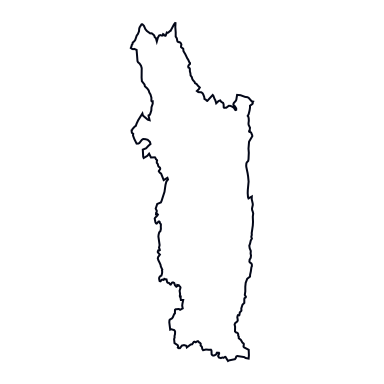 Manjakandriana, Analamanga, Madagascar
{"feature_id": "10022922B50774823120221", "entity_name": "Manjakandriana", "entity_type": "district", "adm_level": 2, "iso_a3": "MDG", "parent_name": "Madagascar", "parent_adm1": "Analamanga", "projection": "equal_earth", "projection_center": [47.79, -18.821], "detail": "fine", "context": "isolated", "style": "outline", "palette": "ink", "viewbox_px": 384, "rotation_deg": 0, "n_neighbors": 0, "source": "geoboundaries", "source_scale": "gbopen_adm2", "svg_char_len": 6012}
<svg xmlns="http://www.w3.org/2000/svg" viewBox="0 0 384 384"><path d="M170.2,329.6L171.1,329.2L174.2,330.1L174.7,330.7L175.1,331.7L175.0,334.1L174.5,336.1L174.6,337.4L174.1,339.1L174.5,343.1L177.7,345.2L178.2,346.4L177.8,347.5L178.4,348.1L180.0,348.1L181.9,345.6L184.0,345.1L186.1,345.7L186.5,346.1L186.8,347.4L190.7,344.5L192.1,344.3L193.8,341.9L194.6,341.7L195.7,342.3L197.3,341.3L198.0,341.2L199.2,342.5L199.9,342.8L200.7,343.7L200.6,345.5L201.8,346.7L202.4,349.2L203.1,350.2L206.0,349.5L209.0,349.8L210.9,349.7L211.3,350.2L211.5,351.0L211.6,354.2L212.1,355.0L213.1,355.6L214.4,355.4L216.0,354.5L216.4,354.0L216.7,353.0L217.1,352.6L217.9,353.0L218.8,352.7L219.1,353.0L219.1,353.8L218.1,356.0L218.9,357.5L220.9,358.1L222.3,357.5L223.5,357.8L225.0,356.9L225.5,356.9L228.0,361.0L229.0,360.4L234.9,359.2L235.6,358.4L236.3,356.5L237.3,356.0L244.2,357.1L245.6,358.0L248.6,358.6L248.9,355.4L248.7,349.8L244.1,347.4L243.6,346.8L243.5,346.3L243.8,344.8L243.7,343.6L242.4,342.6L240.8,339.8L238.8,338.3L238.7,338.0L238.8,336.6L238.2,335.7L238.2,334.2L237.8,333.3L237.2,332.8L235.8,332.3L235.0,331.4L235.1,326.8L234.6,324.5L235.2,323.1L237.2,321.5L237.7,320.6L237.7,319.6L237.3,317.2L237.7,315.6L238.0,315.1L239.2,315.3L239.4,315.0L239.8,312.4L241.2,311.0L241.4,310.5L241.3,308.4L242.5,304.7L244.3,302.9L244.3,298.9L244.5,298.2L245.7,297.4L245.9,296.8L244.8,294.9L245.3,291.5L245.3,286.6L245.7,282.8L247.2,278.8L250.0,276.6L250.1,274.7L250.8,271.6L251.4,267.3L251.9,266.1L251.8,264.3L251.3,263.4L249.8,262.4L249.4,261.6L249.6,259.7L250.7,257.8L251.0,255.5L250.6,253.6L250.8,251.0L249.7,248.3L249.3,245.7L250.0,243.8L250.8,240.4L251.9,238.6L251.3,236.9L251.8,234.9L251.7,233.1L252.8,225.5L253.0,221.9L252.8,216.7L253.2,213.5L252.7,211.5L252.1,209.9L252.0,208.5L252.8,204.9L252.7,203.5L251.7,199.1L251.8,196.5L248.5,198.4L248.0,197.1L247.7,193.2L247.8,190.1L248.6,181.6L248.1,176.4L247.6,173.2L246.3,166.9L246.2,165.6L246.4,163.3L246.9,162.3L248.2,160.9L248.5,159.2L248.8,152.8L248.5,148.6L249.0,142.3L249.1,141.6L252.3,136.2L252.2,135.2L251.1,132.6L250.6,132.2L249.4,131.9L249.1,131.5L249.1,131.0L249.8,130.5L249.7,129.7L250.0,127.8L248.6,124.8L248.5,123.4L248.8,120.8L248.7,118.4L248.4,116.9L247.7,115.9L248.6,114.4L249.6,110.3L250.0,107.8L250.0,105.7L252.4,104.0L252.7,103.5L252.6,102.6L253.1,101.6L251.7,101.3L248.6,97.8L247.4,97.2L245.1,96.9L240.5,95.2L237.1,94.9L236.3,99.7L235.8,100.8L233.8,103.0L233.4,104.1L233.4,104.6L233.9,105.5L234.8,106.2L236.2,108.4L236.2,109.8L235.7,110.1L235.3,110.0L233.9,107.8L232.3,106.7L230.4,105.9L228.8,105.8L226.3,107.7L224.1,107.8L223.7,107.3L223.6,104.3L223.1,102.9L221.3,101.9L220.2,100.4L218.5,101.1L216.2,103.3L215.3,100.2L214.5,98.8L213.3,95.7L212.7,95.0L207.3,100.9L206.7,100.7L206.0,99.8L204.5,99.0L204.2,96.9L203.2,94.3L202.5,93.2L201.3,92.3L198.3,92.1L196.9,91.0L198.8,89.2L199.8,87.5L197.8,85.6L196.7,84.1L195.0,83.1L194.5,81.8L193.0,80.2L192.3,79.0L191.8,77.1L190.6,75.5L190.4,73.3L189.9,71.4L189.8,68.7L189.4,68.0L188.4,67.5L188.2,66.4L188.7,65.2L190.0,63.9L190.0,63.1L189.7,63.0L188.0,59.3L187.4,58.6L185.3,54.2L183.5,51.2L183.2,48.7L181.1,47.2L181.0,46.1L181.4,44.7L180.9,43.3L179.6,42.1L178.4,42.1L177.6,41.6L177.3,40.9L176.8,38.3L175.7,36.6L175.7,32.3L175.3,27.1L175.5,23.1L175.1,23.0L174.0,24.4L170.6,30.8L170.3,30.8L168.2,32.6L167.5,32.8L166.8,32.5L165.7,35.6L165.3,35.8L164.3,35.4L163.8,34.5L163.1,34.1L162.5,35.5L161.5,35.5L160.4,35.1L159.1,35.5L157.9,37.6L156.8,41.5L155.9,38.2L154.7,37.1L154.3,35.7L153.8,35.0L151.7,33.3L150.2,33.4L146.9,31.0L145.4,29.2L143.9,25.8L142.5,24.4L142.0,24.2L141.5,24.4L139.6,27.4L139.2,28.8L139.0,31.3L137.9,34.0L136.7,35.6L135.2,40.0L134.2,41.3L132.7,42.6L132.5,44.0L131.7,45.1L131.6,46.0L130.8,48.0L131.9,48.8L133.1,49.2L134.2,48.9L136.6,49.9L137.5,61.1L138.0,62.2L139.6,63.6L141.0,65.7L141.7,68.1L141.6,77.6L141.9,81.2L144.5,84.5L144.9,86.3L147.3,88.5L148.7,90.5L149.3,92.5L150.5,94.5L151.4,97.7L151.4,100.9L151.9,101.4L152.7,101.3L152.7,103.7L151.5,107.2L151.3,110.5L150.3,113.7L149.6,115.0L148.6,115.3L148.5,115.6L149.6,120.2L147.8,119.7L142.9,115.5L142.4,113.5L138.2,120.2L136.6,123.6L135.8,125.9L134.7,126.6L132.6,128.9L131.9,130.3L131.6,130.4L131.6,131.0L131.9,132.8L133.2,133.8L133.0,135.5L134.3,139.0L136.6,143.6L138.1,143.6L139.3,143.1L141.9,139.8L143.2,139.0L145.5,139.2L147.7,139.8L149.9,141.9L150.5,144.0L148.3,145.9L146.1,148.3L142.8,149.6L143.2,156.8L143.7,158.0L147.4,155.8L149.1,153.7L151.0,157.5L154.9,157.3L155.6,158.3L156.0,159.3L156.9,160.0L157.1,160.4L156.8,161.5L156.8,162.8L157.8,164.1L158.2,165.9L158.6,166.6L159.9,167.6L160.2,168.5L160.1,169.3L158.9,170.8L158.8,171.3L159.8,172.7L161.1,173.6L163.7,180.1L167.4,177.8L168.0,179.5L166.4,181.5L165.5,184.8L164.5,191.8L161.6,200.8L160.9,202.4L157.2,204.0L156.9,205.0L155.7,208.6L156.8,210.9L156.6,212.1L156.1,212.8L156.0,214.2L157.2,213.9L157.9,214.6L157.2,215.7L155.1,217.8L154.7,218.6L155.4,222.2L155.9,223.2L156.4,223.6L156.8,223.5L158.5,221.6L159.0,221.4L159.6,221.8L160.0,223.3L160.6,223.8L160.9,224.6L160.8,226.5L160.9,229.0L160.3,231.3L159.6,231.8L159.1,232.7L158.6,234.7L158.4,236.5L159.6,245.1L159.0,247.7L159.7,249.4L159.8,250.2L159.3,250.5L158.8,250.2L158.3,250.3L157.8,251.5L157.8,252.2L158.4,253.0L159.9,254.6L158.1,257.1L157.8,258.4L158.4,260.3L159.7,262.9L160.6,265.0L160.8,266.4L162.3,269.7L162.0,270.3L162.2,271.9L162.0,273.6L161.4,275.6L160.1,276.3L159.3,277.4L159.1,278.2L159.3,280.0L159.7,280.3L159.7,281.1L160.5,281.3L161.8,279.8L162.5,279.6L163.6,279.9L164.3,278.8L164.7,278.9L165.3,279.3L166.5,279.4L167.1,282.0L167.6,282.7L168.9,282.9L170.2,284.4L170.7,284.6L172.0,282.7L173.0,282.4L174.2,283.0L175.0,285.3L176.3,286.7L177.6,285.9L177.7,285.6L177.5,285.0L178.8,285.2L179.1,285.8L180.2,286.8L180.5,287.7L179.6,290.8L180.1,294.0L179.8,296.0L180.0,296.7L180.7,296.6L180.6,298.2L180.9,300.0L183.2,300.0L182.4,303.9L182.2,305.7L182.7,308.4L180.1,309.8L178.9,309.0L175.6,309.3L175.0,309.8L174.9,313.5L174.2,314.0L172.8,317.3L172.0,318.4L169.7,319.7L169.4,320.7L169.3,322.4L170.2,329.6Z" fill="none" stroke="#020617" stroke-width="2"/></svg>